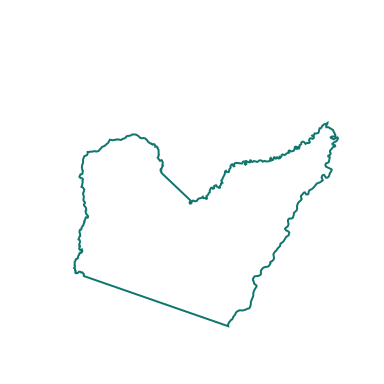 outline of Formoso do Araguaia, Tocantins, Brazil, rotated 212°
{"feature_id": "56859067B90509409067575", "entity_name": "Formoso do Araguaia", "entity_type": "district", "adm_level": 2, "iso_a3": "BRA", "parent_name": "Brazil", "parent_adm1": "Tocantins", "projection": "natural_earth1", "projection_center": [-50.052, -12.12], "detail": "fine", "context": "isolated", "style": "outline", "palette": "teal", "viewbox_px": 384, "rotation_deg": 212, "n_neighbors": 0, "source": "geoboundaries", "source_scale": "gbopen_adm2", "svg_char_len": 5978}
<svg xmlns="http://www.w3.org/2000/svg" viewBox="0 0 384 384"><g transform="rotate(212 192 192)"><path d="M281.3,130.8L279.8,127.6L279.0,127.0L277.8,126.7L276.9,126.1L277.0,124.2L276.6,123.5L273.8,122.5L272.9,121.7L272.0,120.4L272.3,119.9L272.1,119.2L270.1,117.4L267.3,116.4L266.8,115.2L267.1,114.8L268.5,114.4L268.6,113.8L268.1,112.4L267.9,109.8L267.2,109.6L267.0,107.2L266.6,106.8L266.8,103.5L266.0,101.5L266.9,100.7L266.7,99.3L265.9,98.0L264.5,97.0L263.5,95.3L263.8,94.8L263.1,91.6L261.7,91.6L260.5,90.4L260.0,88.0L259.3,87.0L258.5,87.0L258.2,86.5L258.6,86.1L257.9,85.2L257.7,84.2L255.8,83.3L255.3,83.6L255.3,84.6L255.0,85.0L254.0,84.2L253.5,83.0L253.8,81.7L254.1,81.2L254.6,81.1L255.0,80.1L254.4,78.9L254.6,77.7L254.2,76.3L253.7,75.9L253.8,74.9L254.8,73.6L254.8,72.9L254.4,72.4L254.4,70.3L253.0,68.5L252.8,67.6L252.2,67.4L251.8,66.8L251.6,66.3L251.8,65.1L250.6,64.9L249.6,63.4L248.8,63.4L248.3,61.9L247.7,61.6L247.0,61.8L246.6,62.5L246.1,62.6L245.5,64.6L244.4,65.2L243.2,64.9L242.5,65.7L240.2,65.1L239.7,63.9L239.2,63.4L90.1,97.4L90.8,98.4L91.2,98.7L91.5,100.9L91.1,104.3L90.4,105.3L90.8,107.7L90.5,111.2L90.8,112.6L90.6,114.2L89.0,116.9L86.2,118.4L84.7,120.0L82.9,122.7L82.2,123.2L81.8,124.0L81.8,125.1L82.4,127.4L83.9,130.2L85.0,136.4L86.2,138.3L86.9,140.2L87.2,142.6L87.2,146.1L87.7,146.8L89.4,147.2L90.3,147.1L91.2,147.6L92.0,148.6L93.4,149.4L94.3,150.6L94.3,153.1L94.1,153.8L91.3,155.9L90.0,158.1L90.0,158.8L91.9,161.8L91.6,165.1L90.7,166.6L87.8,169.3L87.6,170.1L87.6,173.0L88.3,173.5L88.4,174.4L87.6,175.5L87.1,177.2L87.2,179.1L90.0,182.4L90.1,185.2L89.6,186.4L89.4,189.6L88.7,192.7L89.6,195.1L88.3,198.2L88.3,204.0L87.1,206.3L87.9,209.1L88.4,209.4L90.2,209.6L91.9,209.3L93.6,210.0L93.5,211.4L92.7,213.1L92.7,214.7L93.2,216.0L95.3,218.2L95.8,219.5L95.5,221.0L93.5,222.3L92.8,223.5L93.7,227.0L94.5,228.1L93.5,231.9L94.2,234.0L95.4,235.4L96.2,238.4L96.0,240.6L95.3,242.4L95.3,244.3L96.9,245.3L97.5,246.4L96.8,250.8L96.1,251.5L93.9,250.5L92.5,251.4L92.3,252.0L93.2,254.2L93.3,255.7L91.9,258.0L91.3,259.9L90.6,265.4L88.6,268.0L87.3,271.2L89.8,273.0L90.2,274.5L90.0,275.7L89.1,276.5L86.0,275.1L85.0,275.7L84.5,276.5L84.2,278.1L85.0,280.7L85.0,284.1L85.2,284.8L85.7,285.2L91.8,284.5L93.1,285.4L93.4,286.3L93.3,287.7L92.0,289.2L92.0,290.4L93.6,294.5L95.3,294.3L95.7,295.0L94.7,296.7L94.7,297.5L94.9,298.3L96.1,299.0L96.8,300.0L96.2,304.7L94.8,306.6L95.7,307.4L97.9,306.7L98.5,307.2L97.7,309.7L96.5,311.6L96.3,313.7L97.0,315.2L97.6,315.4L98.4,314.7L99.6,311.9L103.0,311.5L103.4,311.9L102.7,313.3L100.3,314.8L100.2,315.6L100.6,316.3L105.4,319.3L110.7,319.2L112.4,318.1L113.4,319.5L113.4,321.8L113.7,322.4L114.4,320.8L115.8,319.5L116.7,316.5L116.3,315.4L116.7,314.1L117.6,313.6L116.4,310.5L116.2,309.1L117.6,307.4L119.0,306.7L118.7,304.9L120.0,303.5L119.5,303.2L118.5,303.4L117.7,303.2L117.4,302.6L117.5,301.6L118.0,300.9L119.4,300.7L120.2,300.3L120.4,299.3L120.1,297.8L118.5,296.8L118.6,295.8L119.5,294.9L120.5,294.7L121.2,293.0L123.3,293.7L124.2,293.7L125.1,293.0L125.5,292.1L124.8,290.2L125.5,288.7L124.8,287.2L125.0,286.8L126.0,286.3L126.1,285.6L125.4,285.2L124.5,286.6L124.2,285.8L126.3,283.9L126.9,284.3L127.8,285.5L128.4,285.2L128.6,284.7L127.7,282.4L127.6,280.9L129.3,279.0L131.3,278.9L131.8,278.3L131.7,277.6L130.5,276.9L132.3,274.7L132.6,273.1L133.2,272.3L134.9,272.0L135.4,271.4L135.5,270.5L135.0,269.6L135.3,268.5L136.4,268.4L136.4,267.8L135.5,267.1L136.4,266.2L138.3,266.5L138.6,266.0L138.3,265.5L138.5,264.8L139.1,264.6L139.9,265.2L140.7,265.1L140.8,264.4L140.3,262.2L141.0,261.4L143.2,262.7L143.5,261.9L142.6,260.5L141.9,260.3L143.2,258.7L144.2,257.9L146.0,256.9L147.0,256.8L148.1,255.2L149.2,255.6L151.0,255.0L151.6,254.4L152.5,252.1L155.9,251.1L156.5,249.7L157.1,249.4L158.9,250.0L159.4,249.7L159.3,248.9L158.2,248.6L158.7,247.7L160.9,246.9L162.5,247.1L162.9,246.6L162.6,245.4L164.2,245.4L164.7,244.9L164.7,242.6L170.1,240.1L171.0,238.8L170.9,237.6L169.8,236.3L170.2,235.9L172.6,236.8L173.0,236.3L173.2,234.9L172.9,234.0L172.1,233.2L172.3,230.8L171.4,228.8L171.7,228.2L172.8,227.4L174.5,228.0L174.8,226.9L173.6,224.1L173.4,220.7L173.0,218.7L173.2,217.1L171.0,215.9L171.2,215.4L171.7,215.1L171.9,214.5L171.4,213.9L171.4,212.0L170.6,210.5L171.0,209.9L171.6,209.8L173.2,210.0L174.1,209.7L174.9,210.5L175.4,210.3L176.1,209.3L176.3,208.6L175.3,206.8L175.6,206.2L176.2,205.8L177.3,206.3L177.8,206.0L178.1,205.3L177.7,202.6L176.7,201.1L177.2,199.8L176.9,198.2L177.5,196.0L176.1,194.8L175.9,194.4L176.1,193.8L177.8,193.8L178.8,192.9L179.4,192.9L180.3,193.7L181.0,191.7L182.1,190.8L182.9,189.8L183.3,188.7L183.1,187.2L183.5,186.6L184.7,185.6L186.5,185.4L187.1,183.3L186.6,182.1L187.5,181.1L188.0,181.3L188.5,181.9L188.7,184.0L227.4,191.9L228.5,192.3L228.9,193.3L229.4,193.6L229.9,193.4L230.3,193.8L230.0,194.8L230.6,195.2L230.3,195.9L230.7,197.9L230.5,198.6L230.8,199.1L231.3,199.0L232.3,201.4L234.0,202.7L234.7,202.9L235.6,201.5L239.3,202.9L239.3,204.5L239.9,205.4L239.8,206.1L240.7,206.9L242.7,210.0L244.5,210.9L244.8,211.6L245.5,211.7L246.4,211.7L247.1,210.9L247.9,211.9L248.9,212.5L249.5,212.5L250.5,211.3L251.2,211.6L251.7,211.2L252.3,211.5L253.5,211.1L256.0,211.3L257.5,212.2L258.9,212.3L259.9,212.7L261.7,212.1L263.0,210.9L264.6,210.5L267.1,211.1L270.0,211.0L273.0,209.3L273.8,207.6L276.1,205.4L276.6,205.2L277.2,203.8L277.0,203.1L277.3,202.5L278.4,200.7L278.8,200.5L279.8,198.5L283.3,197.1L283.7,196.3L284.7,195.8L286.3,194.1L289.4,192.8L289.1,189.6L290.6,184.6L292.2,182.6L292.3,180.5L292.6,179.9L293.0,177.1L294.7,175.5L296.2,175.1L297.8,173.5L299.2,172.7L300.3,171.5L301.7,170.7L301.0,169.6L300.6,168.1L301.0,166.9L302.2,165.6L302.2,164.5L301.6,161.9L299.9,159.1L299.5,156.9L298.5,154.6L296.7,152.6L295.7,152.1L295.3,150.7L294.7,149.9L294.9,148.6L295.9,147.9L295.6,145.3L295.0,144.9L294.0,144.9L292.0,145.4L291.0,144.7L291.0,143.8L289.9,142.3L288.7,139.2L288.5,137.8L286.8,138.0L284.6,136.9L283.8,134.3L283.7,133.0L281.3,130.8ZM162.1,245.0L161.1,244.9L160.7,244.4L161.2,243.5L162.1,243.7L162.1,245.0Z" fill="none" stroke="#0f766e" stroke-width="2"/></g></svg>